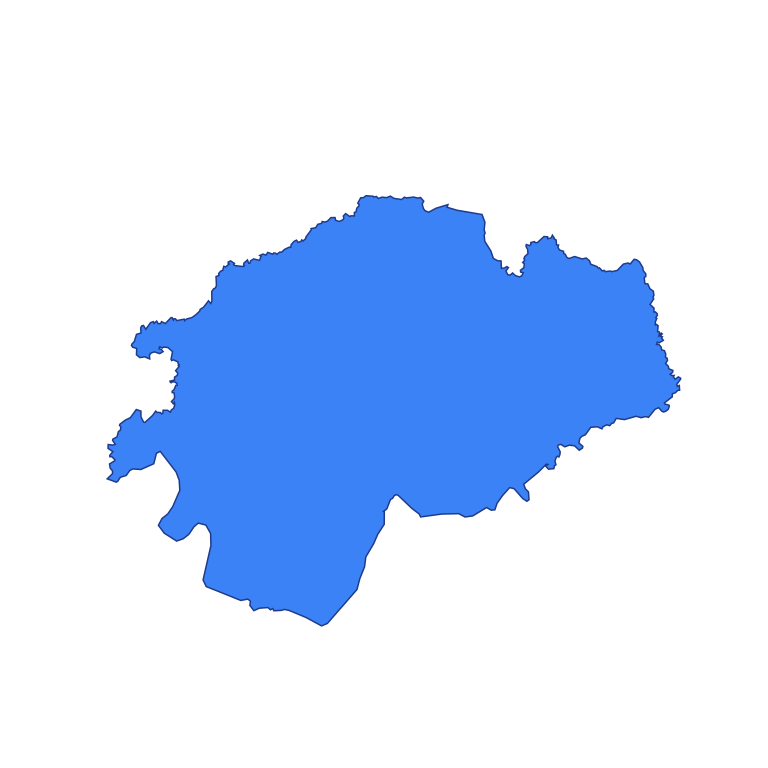 Kita, Kayes, Mali, rotated 232°
{"feature_id": "8926073B18522946307375", "entity_name": "Kita", "entity_type": "district", "adm_level": 2, "iso_a3": "MLI", "parent_name": "Mali", "parent_adm1": "Kayes", "projection": "natural_earth1", "projection_center": [-9.401, 13.202], "detail": "fine", "context": "isolated", "style": "filled", "palette": "blue", "viewbox_px": 768, "rotation_deg": 232, "n_neighbors": 0, "source": "geoboundaries", "source_scale": "gbopen_adm2", "svg_char_len": 6171}
<svg xmlns="http://www.w3.org/2000/svg" viewBox="0 0 768 768"><g transform="rotate(232 384 384)"><path d="M214.5,469.8L218.0,471.2L220.1,474.5L220.4,476.1L218.8,476.9L220.1,479.2L222.1,481.1L227.9,482.3L228.6,483.9L227.5,486.2L223.2,487.8L221.7,492.4L218.0,496.1L211.6,497.1L211.3,500.9L212.4,502.3L217.6,501.3L220.5,504.8L221.0,507.5L220.0,511.4L222.6,520.3L218.9,525.8L214.5,528.1L215.5,530.3L214.7,534.4L212.2,536.2L212.8,539.1L212.0,541.1L213.9,545.8L207.9,551.6L203.3,562.9L199.1,565.9L197.5,569.8L194.9,571.9L197.2,582.0L196.3,585.8L191.4,586.2L189.8,587.1L189.1,589.1L189.0,592.4L190.9,595.3L191.8,595.6L195.5,592.9L196.5,593.5L196.4,603.3L198.8,605.2L197.7,608.1L198.1,611.6L197.1,613.1L201.0,615.8L201.5,613.6L203.5,614.6L205.3,620.9L206.0,621.3L208.4,620.3L208.5,616.4L211.3,616.3L212.1,617.9L213.5,616.0L215.5,615.5L215.4,618.4L216.8,620.0L220.7,617.8L222.9,619.0L226.8,618.5L228.0,621.9L230.0,623.0L231.6,622.2L234.4,624.6L237.7,625.5L239.9,623.8L242.5,625.1L245.8,625.0L247.4,623.1L248.7,625.2L247.1,626.1L246.4,631.0L249.4,631.1L249.8,632.4L251.6,631.1L252.2,634.1L253.2,633.9L253.0,630.6L254.5,632.7L255.5,633.0L256.8,631.8L261.2,635.9L263.2,635.4L263.4,634.3L265.7,635.8L267.7,639.3L268.9,638.9L269.9,641.8L271.5,642.6L273.8,642.2L274.6,641.0L277.6,643.5L282.9,642.6L285.0,648.9L286.7,649.3L287.7,651.3L291.3,653.4L295.4,652.2L300.4,653.5L302.5,651.4L307.6,654.5L307.6,656.6L309.6,658.1L313.9,658.1L316.4,659.6L322.8,660.5L326.3,659.6L328.3,657.9L327.0,651.9L329.1,650.8L331.1,646.5L329.9,637.7L332.3,632.7L333.6,632.0L336.2,627.7L338.1,627.4L338.7,625.6L342.8,625.3L343.3,624.2L345.3,624.2L351.0,620.7L354.4,621.8L358.8,620.9L360.5,617.2L367.1,612.7L369.0,607.0L371.2,606.0L374.6,606.7L376.0,605.9L378.0,607.2L381.6,604.8L384.6,605.2L386.0,607.1L387.4,605.6L391.5,608.3L394.0,607.3L394.1,608.0L397.6,608.3L396.2,605.7L397.7,602.4L399.2,603.6L401.7,600.9L401.0,591.9L402.1,590.3L403.6,590.2L405.1,586.8L403.5,585.6L403.5,583.9L406.3,582.0L405.2,580.7L401.4,579.9L398.1,577.7L397.8,573.4L396.7,571.5L394.8,571.0L394.4,568.1L392.4,568.6L389.6,565.9L389.6,561.5L388.0,560.6L386.0,562.2L384.5,559.3L385.0,556.6L388.8,554.2L392.3,553.7L392.2,550.4L393.9,548.8L397.9,549.6L399.1,553.7L400.9,553.1L401.3,550.1L402.9,547.8L408.9,552.0L411.1,549.5L415.6,547.5L423.0,550.1L434.5,551.3L439.5,554.5L440.8,556.7L443.8,557.8L449.3,563.1L457.2,565.6L475.9,548.6L484.4,542.5L486.0,544.8L490.5,533.1L491.9,524.9L495.7,522.9L498.3,523.2L502.3,524.9L503.6,527.9L508.5,527.6L509.7,525.1L513.1,522.4L516.7,516.4L518.7,515.0L518.5,511.5L524.2,506.1L528.1,504.7L529.3,500.7L532.4,497.6L533.7,493.8L536.4,493.5L537.7,491.0L538.7,491.0L543.5,485.7L543.5,482.5L545.1,480.3L542.6,474.6L540.6,474.8L539.7,473.7L539.3,470.8L536.9,467.9L537.4,466.2L534.7,464.1L536.9,461.5L536.9,460.2L541.9,458.7L541.4,455.3L539.5,454.6L538.7,452.7L539.7,448.7L542.9,446.7L545.3,447.9L547.8,444.6L547.1,439.7L548.0,437.2L550.1,435.3L549.0,433.7L550.6,430.1L549.2,426.4L551.4,422.2L550.3,421.7L547.9,412.9L546.9,412.2L546.5,408.3L548.2,407.9L547.5,406.4L548.4,403.5L551.2,403.6L551.8,400.9L551.0,396.7L549.1,394.7L550.2,393.5L551.3,388.4L550.9,384.6L552.1,383.1L552.2,379.3L553.9,379.1L555.2,377.7L554.8,376.2L559.2,373.5L558.3,370.3L560.9,368.6L561.8,365.2L560.3,365.7L558.1,362.0L562.8,358.3L563.2,354.7L561.7,352.5L562.6,351.7L565.8,352.8L565.5,348.1L564.4,346.8L563.1,346.8L563.4,345.2L568.9,339.6L570.6,338.9L571.1,340.4L575.5,338.9L576.0,336.3L574.4,335.1L573.8,336.5L573.8,331.3L575.4,330.2L572.8,326.8L573.5,324.8L572.9,321.7L571.1,320.9L572.1,317.8L564.8,312.6L563.5,310.4L563.9,308.2L562.9,305.2L555.3,299.4L554.0,297.1L557.6,296.9L555.6,289.1L556.0,285.1L554.9,283.6L554.4,278.3L554.6,273.6L556.8,268.4L556.6,265.9L558.1,266.5L561.5,259.8L563.7,259.8L564.7,258.6L564.1,257.5L566.8,257.9L567.4,257.0L566.3,248.9L570.1,247.1L569.2,245.2L570.6,243.2L573.5,243.6L573.3,240.2L575.1,240.7L576.1,237.9L573.8,230.0L578.2,230.5L579.0,228.8L578.0,226.8L573.8,223.9L575.5,219.5L571.2,213.4L570.7,210.0L569.8,208.7L567.7,208.6L564.3,211.0L559.4,206.9L555.1,207.9L552.7,212.2L548.0,214.8L551.3,217.1L551.8,219.8L550.6,222.9L546.0,226.0L545.5,229.9L548.3,229.8L550.3,228.4L551.5,230.0L548.8,231.6L548.8,233.1L545.7,236.2L539.7,237.3L534.6,231.4L533.2,231.1L532.7,232.9L528.3,235.2L526.6,234.2L525.3,234.5L525.2,233.3L524.0,233.4L522.8,228.0L519.4,228.1L518.1,226.3L518.4,223.2L516.1,221.3L518.0,217.1L516.7,216.7L515.9,217.3L516.2,218.5L514.0,220.6L511.7,221.2L510.3,220.2L511.1,219.1L508.8,215.1L508.7,212.6L507.6,211.8L506.3,213.2L502.7,211.0L501.6,209.7L501.1,205.7L498.0,205.8L498.6,207.5L496.4,206.4L494.3,203.2L494.5,200.5L493.3,198.3L496.6,197.2L499.3,193.8L497.1,191.7L497.4,190.3L499.1,190.3L501.5,187.6L503.2,187.4L501.7,182.2L500.9,171.9L502.0,171.1L507.8,172.3L512.3,175.8L516.4,173.1L513.6,163.5L514.8,157.9L514.9,151.1L514.4,150.2L511.9,150.1L509.9,147.7L510.0,145.4L506.7,141.0L507.5,136.4L506.6,135.4L502.0,135.1L502.7,132.8L506.1,129.4L503.2,126.9L497.6,128.7L496.6,123.9L495.4,123.2L494.5,124.7L490.0,125.3L489.3,124.5L490.0,118.5L486.2,116.4L482.8,116.6L480.5,114.9L479.7,107.5L471.6,112.5L471.2,114.1L472.8,118.8L470.6,124.6L472.3,130.0L471.8,133.7L466.3,139.8L462.9,153.5L469.5,162.0L468.7,166.2L442.7,166.0L434.3,163.4L425.9,157.6L417.5,142.1L414.7,133.5L414.7,126.2L411.5,119.2L401.7,119.0L387.9,123.9L385.7,130.4L385.7,137.7L388.5,146.4L388.7,152.0L382.5,156.8L372.9,155.3L363.3,148.2L341.0,120.8L333.8,119.2L301.6,137.9L298.3,144.3L295.1,145.0L292.1,142.0L285.5,141.9L284.1,147.7L279.3,154.9L276.0,155.5L275.5,158.1L273.1,157.6L268.7,163.9L267.7,166.7L264.0,169.8L248.2,178.7L231.8,185.9L230.2,192.0L238.7,236.2L245.5,245.1L251.9,256.1L258.9,263.2L264.7,277.9L269.3,286.3L273.3,297.8L283.0,305.5L283.9,305.1L283.8,309.2L289.0,318.0L288.6,320.4L289.7,323.1L289.4,325.4L287.6,326.6L268.7,329.4L259.8,331.7L256.7,331.0L246.0,349.4L235.8,363.1L229.3,366.0L225.4,372.7L223.5,388.8L218.6,390.8L216.6,393.9L220.4,399.7L223.1,408.6L225.0,419.2L221.4,422.1L208.4,422.8L203.6,424.4L203.5,427.0L210.0,431.4L214.4,430.9L219.0,432.4L219.5,451.1L220.9,462.6L219.8,463.5L220.0,460.8L215.6,461.2L212.7,465.7L214.6,467.9L214.5,469.8Z" fill="#3b82f6" stroke="#1e3a8a" stroke-width="1.5"/></g></svg>